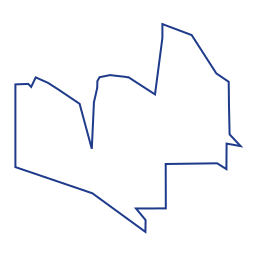 Komo/Magarima District, Southern Highlands, Papua New Guinea
{"feature_id": "67681753B72976764448166", "entity_name": "Komo/Magarima District", "entity_type": "district", "adm_level": 2, "iso_a3": "PNG", "parent_name": "Papua New Guinea", "parent_adm1": "Southern Highlands", "projection": "robinson", "projection_center": [143.048, -6.045], "detail": "fine", "context": "isolated", "style": "outline", "palette": "blue", "viewbox_px": 256, "rotation_deg": 0, "n_neighbors": 0, "source": "geoboundaries", "source_scale": "gbopen_adm2", "svg_char_len": 570}
<svg xmlns="http://www.w3.org/2000/svg" viewBox="0 0 256 256"><path d="M162.4,24.1L162.4,33.7L162.4,38.0L155.0,94.4L128.4,77.2L127.2,77.3L126.6,77.0L110.0,75.1L99.6,77.2L97.4,81.0L97.2,87.9L93.9,102.5L93.8,104.9L93.8,105.3L91.8,148.8L79.6,103.8L58.2,89.4L47.9,82.8L35.7,77.4L31.2,86.9L28.2,83.9L15.4,84.4L15.4,167.1L92.4,193.3L145.4,231.9L145.6,220.1L136.0,208.5L165.8,208.4L165.8,199.4L165.7,164.0L217.1,163.3L226.4,169.1L226.6,143.6L240.6,146.1L229.6,134.4L229.0,107.1L228.7,81.8L216.3,73.4L191.7,35.1L162.4,24.1Z" fill="none" stroke="#1e3a8a" stroke-width="2"/></svg>